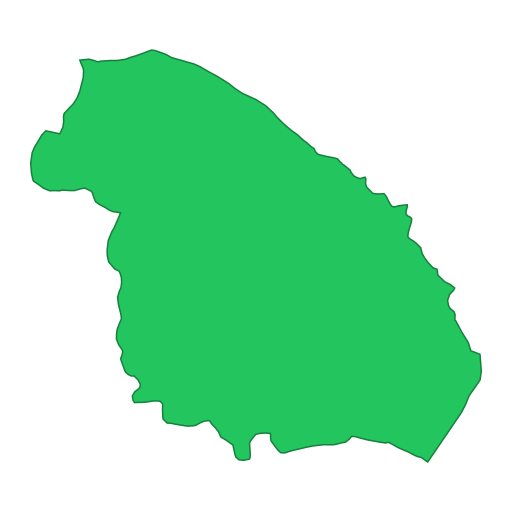 outline of Bois D'Inde, Anse-la-Raye, Saint Lucia
{"feature_id": "8701671B8158625953395", "entity_name": "Bois D'Inde", "entity_type": "district", "adm_level": 2, "iso_a3": "LCA", "parent_name": "Saint Lucia", "parent_adm1": "Anse-la-Raye", "projection": "orthographic", "projection_center": [-61.009, 13.942], "detail": "fine", "context": "isolated", "style": "filled", "palette": "green", "viewbox_px": 512, "rotation_deg": 0, "n_neighbors": 0, "source": "geoboundaries", "source_scale": "gbopen_adm2", "svg_char_len": 4230}
<svg xmlns="http://www.w3.org/2000/svg" viewBox="0 0 512 512"><path d="M163.2,419.2L164.9,420.8L167.2,423.1L170.5,423.2L175.8,424.3L186.5,426.0L188.3,426.1L193.3,425.8L195.8,425.3L200.5,422.7L203.8,421.3L206.6,420.8L209.0,420.7L209.6,420.8L212.0,424.3L214.8,427.2L218.5,431.8L220.8,437.0L226.5,440.4L232.9,445.0L234.9,454.1L235.8,457.0L238.9,459.8L243.6,460.3L249.1,459.2L249.5,459.0L249.9,458.0L250.3,454.3L249.9,448.6L249.6,443.6L249.7,442.7L250.2,441.6L251.6,439.4L255.7,434.4L256.8,434.1L259.7,433.4L265.8,433.0L270.4,433.5L270.5,434.4L270.7,438.8L271.1,440.9L274.9,446.2L277.7,449.8L278.6,450.8L279.1,451.3L280.7,452.7L281.8,452.8L284.9,452.9L289.0,451.5L289.9,451.2L293.4,450.3L305.7,447.4L310.7,446.4L312.5,446.0L323.7,444.7L330.6,444.8L333.3,444.8L337.3,444.0L340.2,443.1L340.8,443.0L345.6,442.1L348.6,439.7L349.6,438.8L351.5,436.4L352.7,436.5L355.3,436.6L358.5,437.5L360.1,438.0L367.4,439.9L376.4,441.5L378.4,441.9L383.0,442.6L385.8,443.0L388.4,442.3L391.2,443.7L392.7,444.5L395.5,446.1L397.7,447.4L405.4,450.8L407.9,451.8L409.0,452.4L416.4,456.2L421.5,457.6L427.7,462.0L445.4,436.1L455.5,421.2L461.4,412.6L465.5,404.6L469.1,395.7L476.1,385.8L480.0,380.1L481.3,371.5L480.0,354.3L478.6,353.7L475.4,352.5L473.3,351.7L470.8,350.8L469.5,346.4L468.3,342.6L461.6,331.8L458.4,325.7L456.2,321.5L454.9,319.8L454.9,318.6L455.1,314.7L454.2,312.0L453.5,311.3L449.9,308.2L448.5,305.4L448.0,302.6L447.6,300.3L448.2,298.5L449.6,294.5L453.5,290.3L453.8,289.8L454.7,288.0L450.6,284.7L444.8,281.8L440.6,277.8L438.9,276.1L437.8,275.1L437.4,271.2L436.9,269.2L433.0,267.8L430.4,265.0L429.3,263.8L428.5,263.1L425.4,259.0L424.5,257.8L423.9,256.6L422.2,253.6L421.3,250.3L420.7,247.6L419.8,246.8L419.0,246.0L418.5,245.5L417.9,244.9L416.2,243.3L415.7,242.7L415.0,242.3L413.2,240.9L410.1,239.0L408.0,237.2L407.9,235.4L408.1,234.3L408.4,232.0L409.2,229.3L409.9,226.8L410.9,223.5L411.4,221.7L411.7,218.9L411.2,218.1L410.9,217.7L410.5,217.4L409.3,216.6L408.6,216.3L407.5,215.8L405.9,213.8L406.1,211.4L407.3,206.5L407.3,204.8L403.3,205.2L398.9,205.7L396.7,206.4L394.1,206.8L392.2,206.5L391.1,205.3L389.8,203.4L387.7,199.4L387.5,198.9L386.5,196.8L384.1,193.7L382.9,193.7L382.4,193.7L381.3,193.8L379.7,194.0L375.2,193.8L372.4,193.2L370.8,191.2L370.3,190.8L368.0,188.5L366.7,187.3L366.0,185.1L365.6,184.0L365.6,182.8L365.7,181.2L365.8,180.0L365.8,178.6L365.1,177.2L364.4,177.3L363.7,177.5L362.9,177.8L360.6,178.4L359.9,178.6L357.9,177.9L356.8,177.5L356.0,177.2L353.4,175.5L351.6,173.0L351.0,172.1L350.2,170.2L347.6,168.1L344.7,165.7L342.0,163.8L341.6,163.0L340.1,161.9L337.5,158.8L333.1,157.7L326.3,156.4L319.2,154.7L317.6,154.0L315.4,151.6L314.0,148.5L310.8,146.4L309.4,145.1L306.3,142.3L305.0,141.4L303.8,140.6L297.6,134.9L290.7,129.9L283.3,123.5L277.0,117.2L273.3,112.8L265.8,105.8L255.8,99.5L242.1,93.2L235.2,88.7L229.0,83.7L217.8,76.7L209.7,72.3L199.7,66.5L194.1,64.0L182.8,60.8L171.6,57.6L165.9,54.4L155.3,50.6L151.6,50.0L148.4,51.2L143.4,53.1L136.5,55.6L130.3,57.4L125.3,59.3L117.1,60.5L110.3,60.5L101.5,61.1L97.7,61.7L96.7,61.5L93.9,60.5L89.0,59.2L79.8,60.1L81.2,63.8L83.2,68.3L83.6,70.9L83.2,77.9L81.4,84.7L79.8,91.1L77.1,97.9L74.7,101.7L72.7,104.5L70.1,107.1L64.2,113.4L63.5,116.4L63.7,121.0L63.0,126.9L61.2,130.9L59.8,133.8L46.3,130.9L45.8,130.8L41.9,134.9L34.4,147.4L32.2,152.6L30.7,163.1L31.4,172.3L32.4,177.6L33.4,181.1L37.5,183.8L43.3,188.1L49.6,190.8L53.5,190.6L59.6,190.8L62.5,190.1L70.5,190.6L74.4,190.6L80.7,188.8L84.8,188.1L91.4,191.3L92.3,192.8L94.3,198.8L95.7,201.8L99.1,204.3L104.5,207.1L109.3,210.1L112.7,211.6L117.8,212.3L120.5,212.8L118.3,218.3L114.2,227.6L111.9,231.6L108.3,240.4L107.1,249.8L107.3,255.9L108.7,261.9L112.7,266.6L114.8,269.1L118.8,270.9L120.0,272.9L121.4,277.7L121.6,282.4L121.0,287.5L119.2,291.6L117.6,297.1L118.4,304.1L120.0,310.6L121.0,314.9L121.4,318.8L119.0,324.4L117.2,329.3L116.6,333.6L116.4,338.9L118.6,344.6L122.0,349.6L122.8,351.4L122.0,355.1L120.6,358.8L122.6,364.5L124.8,370.5L125.8,372.5L128.8,374.8L131.3,376.0L134.1,376.0L137.9,379.7L140.3,384.2L139.9,387.5L137.1,390.1L134.9,391.6L132.3,395.9L133.1,400.4L134.5,402.6L138.3,402.4L143.5,402.4L148.2,401.8L152.8,401.0L158.0,401.0L160.4,401.4L162.7,404.1L162.5,409.4L162.8,416.9L163.2,419.2Z" fill="#22c55e" stroke="#15803d" stroke-width="1.5"/></svg>